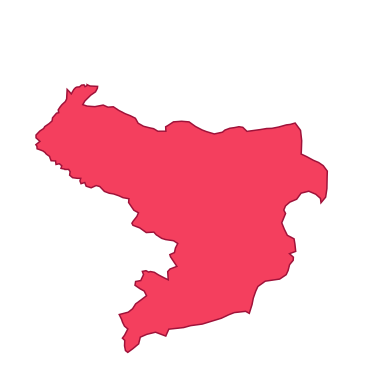 the district of Kritou Tera, Paphos, Cyprus, rotated 253°
{"feature_id": "46923920B75196261408005", "entity_name": "Kritou Tera", "entity_type": "district", "adm_level": 2, "iso_a3": "CYP", "parent_name": "Cyprus", "parent_adm1": "Paphos", "projection": "orthographic", "projection_center": [32.434, 34.957], "detail": "fine", "context": "isolated", "style": "filled", "palette": "rose", "viewbox_px": 384, "rotation_deg": 253, "n_neighbors": 0, "source": "geoboundaries", "source_scale": "gbopen_adm2", "svg_char_len": 2759}
<svg xmlns="http://www.w3.org/2000/svg" viewBox="0 0 384 384"><g transform="rotate(253 192 192)"><path d="M277.6,57.9L276.7,59.1L274.8,61.5L272.5,63.2L271.7,63.3L270.4,64.1L267.7,66.2L266.2,66.2L263.1,66.4L261.6,70.6L258.1,70.0L257.8,73.4L255.2,75.1L252.9,73.6L251.0,77.1L250.7,77.1L249.7,80.6L247.1,81.4L243.9,79.9L240.6,82.0L238.5,86.6L237.6,89.6L235.4,88.1L232.4,88.3L232.4,92.2L228.5,92.5L225.5,96.8L226.2,102.2L224.2,105.4L218.2,108.4L215.0,112.5L213.1,116.4L209.6,121.2L206.8,124.3L204.0,129.7L200.5,128.3L195.0,130.0L191.5,131.1L187.8,134.7L184.8,132.2L181.3,127.2L179.7,125.4L177.4,125.8L173.0,131.5L166.6,136.4L164.8,143.8L161.5,145.3L156.5,149.5L154.2,152.9L150.8,160.1L146.9,163.3L143.3,159.8L139.2,157.5L138.6,152.5L136.3,152.5L125.3,155.8L124.8,148.5L123.0,145.5L115.0,143.6L118.0,140.3L122.4,135.8L126.2,132.5L128.1,129.0L128.1,127.1L130.2,125.0L130.6,121.3L127.2,121.5L122.3,117.1L122.9,111.9L119.5,110.2L114.7,114.0L111.3,117.3L106.1,118.2L103.8,112.0L101.5,105.4L97.7,101.0L95.7,95.9L96.1,86.6L90.9,87.4L87.7,87.5L83.5,88.2L79.8,90.6L74.7,85.6L72.6,82.7L69.8,84.3L64.6,82.5L59.8,82.0L57.4,83.7L59.4,89.5L62.4,96.6L68.3,100.1L69.1,107.2L68.6,116.1L61.9,124.8L67.6,129.7L64.8,144.4L64.6,151.6L62.7,163.2L62.7,173.1L62.7,183.1L63.9,191.4L64.3,197.3L62.2,208.4L59.2,211.3L66.8,216.5L72.6,219.6L78.6,224.0L82.4,227.4L85.3,236.0L83.1,250.4L85.4,257.9L88.9,261.0L94.0,264.1L97.1,268.8L100.0,269.9L104.5,267.2L104.9,273.8L112.1,275.2L117.4,275.9L122.7,270.5L129.4,269.4L136.3,268.8L138.1,270.3L144.1,275.2L147.9,274.5L151.4,277.4L153.7,282.5L154.5,290.0L159.0,296.0L158.6,303.9L153.7,309.7L148.3,313.0L144.0,312.2L148.0,318.3L155.8,322.0L166.8,325.6L172.4,327.5L178.8,325.2L183.2,321.7L186.7,317.5L192.2,312.1L196.4,307.5L199.9,308.8L209.0,311.9L219.2,313.8L220.4,313.4L227.8,310.8L227.9,305.7L228.6,301.8L228.8,293.9L229.5,287.1L230.9,281.9L231.7,275.7L233.9,262.3L239.0,259.5L240.7,256.0L241.2,251.2L241.9,246.8L241.6,241.6L240.3,238.6L241.0,230.3L245.5,223.5L248.3,219.9L253.6,214.5L259.9,209.7L262.7,202.7L264.5,194.8L263.3,190.7L262.5,187.9L262.1,185.9L257.8,184.8L260.1,177.1L263.8,173.8L265.6,170.5L269.0,164.9L273.5,160.6L279.1,159.4L283.0,155.3L286.4,151.0L291.5,145.8L296.5,141.7L297.7,136.4L301.1,132.5L302.0,124.1L304.8,116.8L307.5,113.1L310.4,116.2L314.2,123.4L316.0,129.0L318.8,131.8L320.6,132.6L323.2,125.4L325.3,123.1L324.6,123.0L324.0,120.5L326.0,120.1L326.5,117.6L325.4,115.1L326.0,112.7L325.8,111.1L324.6,109.0L321.1,105.2L323.5,104.2L326.6,102.6L317.6,99.3L315.5,97.3L313.6,93.3L312.0,90.9L309.7,88.1L306.8,87.7L307.0,85.5L303.7,80.3L300.9,79.0L299.2,75.4L297.6,70.3L296.1,68.7L294.8,64.3L292.1,59.5L289.4,58.7L284.9,61.4L282.9,56.5L281.2,57.1L278.6,56.5L277.6,57.9Z" fill="#f43f5e" stroke="#9f1239" stroke-width="1.5"/></g></svg>